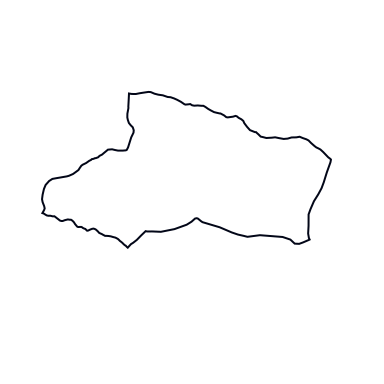 Ngatshang, Mongar, Bhutan, rotated 137°
{"feature_id": "84629894B52428030855326", "entity_name": "Ngatshang", "entity_type": "district", "adm_level": 2, "iso_a3": "BTN", "parent_name": "Bhutan", "parent_adm1": "Mongar", "projection": "albers", "projection_center": [91.33, 27.328], "detail": "fine", "context": "isolated", "style": "outline", "palette": "ink", "viewbox_px": 384, "rotation_deg": 137, "n_neighbors": 0, "source": "geoboundaries", "source_scale": "gbopen_adm2", "svg_char_len": 2949}
<svg xmlns="http://www.w3.org/2000/svg" viewBox="0 0 384 384"><g transform="rotate(137 192 192)"><path d="M277.0,195.1L272.2,195.5L269.7,195.0L265.0,194.6L258.9,194.9L252.6,195.0L251.8,193.8L248.1,190.4L241.9,184.1L230.1,176.8L218.2,171.7L212.6,170.6L207.9,170.5L206.4,169.6L205.8,168.5L205.3,164.6L204.9,162.8L195.8,147.3L190.5,135.3L187.4,129.5L184.2,124.8L182.0,121.4L171.8,114.1L156.4,97.3L152.5,90.1L152.1,84.2L149.0,81.0L145.2,79.4L139.1,77.2L138.4,77.0L137.9,78.6L135.4,82.4L129.9,87.7L122.0,96.1L117.1,98.6L109.1,102.1L101.2,104.2L94.7,106.4L89.1,109.2L80.0,114.4L70.5,119.3L68.3,120.9L68.2,121.7L68.7,124.5L68.8,131.8L69.1,135.5L69.8,137.6L70.7,139.9L71.1,142.4L71.5,146.6L71.6,150.2L72.4,152.5L74.2,155.9L75.6,159.0L78.4,160.8L82.0,164.0L85.6,165.8L88.8,168.3L89.9,169.8L91.7,172.2L93.9,175.3L96.6,177.3L100.8,180.8L102.5,183.5L104.0,185.7L104.1,188.9L104.3,190.8L104.3,192.0L105.2,193.0L107.4,197.7L107.3,202.1L106.8,206.7L106.0,209.0L106.3,211.5L107.3,214.4L107.4,215.2L107.6,216.8L108.3,218.0L110.6,219.1L115.0,222.2L115.9,223.4L116.3,226.2L117.6,230.0L118.2,230.6L120.1,233.4L121.4,235.4L122.6,238.8L123.5,241.7L124.2,245.1L124.9,247.3L126.1,248.4L128.8,251.4L130.4,252.7L131.5,253.6L132.8,255.4L133.3,257.5L134.6,258.4L137.2,260.4L137.7,261.4L138.6,265.5L140.0,269.6L141.4,272.9L141.8,273.6L143.0,275.9L145.0,278.1L147.4,282.6L150.3,286.2L152.4,289.5L153.8,292.7L154.1,293.3L155.6,294.9L159.8,297.8L162.9,299.9L166.3,302.0L169.3,304.9L170.9,307.0L174.5,303.5L180.4,297.8L181.2,296.8L185.9,293.3L188.5,290.6L189.8,288.4L191.1,285.5L191.3,282.6L191.2,279.7L192.5,276.9L194.3,275.3L199.2,273.4L208.4,268.2L211.0,267.3L212.0,267.6L214.4,269.5L218.0,272.9L219.8,275.4L221.3,277.7L224.6,280.3L226.6,280.4L229.9,280.6L232.3,280.7L235.0,281.5L236.9,281.4L239.1,282.3L240.3,283.1L241.2,283.3L243.0,284.4L243.9,284.3L245.9,284.9L249.7,285.4L253.3,286.5L255.0,286.7L257.8,286.1L260.1,285.5L263.5,285.9L266.7,286.3L271.0,287.8L272.9,288.8L277.8,292.0L281.9,294.7L285.2,296.8L289.1,297.5L290.9,297.3L294.2,297.0L298.2,295.2L303.1,291.9L306.6,289.0L308.2,286.4L309.7,282.6L310.9,280.5L312.4,279.7L315.8,278.6L315.1,277.3L314.6,275.2L314.1,273.7L313.0,272.3L312.0,271.5L311.3,270.5L310.5,269.2L309.2,268.1L309.0,267.2L308.6,264.6L308.3,262.9L308.1,261.3L307.4,260.0L306.4,259.0L304.4,258.2L303.1,257.5L301.5,256.6L300.4,255.2L299.4,254.2L299.1,253.0L299.0,251.8L299.0,250.3L299.4,248.3L299.5,246.4L299.6,245.1L299.2,244.1L297.6,242.7L296.9,242.1L296.5,241.3L296.3,240.0L295.7,238.6L295.2,237.7L295.2,236.4L295.1,235.2L294.2,234.6L291.9,233.9L290.2,233.2L289.0,232.4L288.3,231.2L287.9,229.9L287.8,228.6L287.7,227.0L287.8,225.6L287.3,224.2L286.7,222.9L286.1,220.9L285.7,219.9L285.5,219.2L284.5,218.3L283.0,216.7L281.6,214.9L280.5,213.0L279.2,211.0L278.8,210.0L278.2,208.1L278.1,206.9L278.1,205.5L277.8,203.8L277.6,202.2L277.6,201.0L277.5,199.6L277.4,198.8L277.1,198.1L277.1,196.0L277.0,195.1Z" fill="none" stroke="#020617" stroke-width="2"/></g></svg>